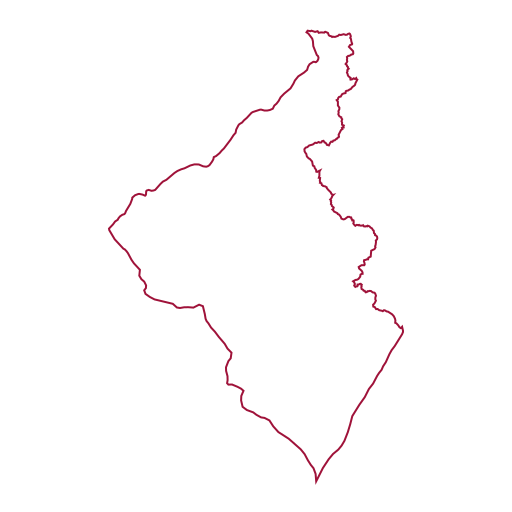 Sing, Louang Namtha, Laos (Robinson projection)
{"feature_id": "54806243B57426312908571", "entity_name": "Sing", "entity_type": "district", "adm_level": 2, "iso_a3": "LAO", "parent_name": "Laos", "parent_adm1": "Louang Namtha", "projection": "robinson", "projection_center": [101.175, 21.271], "detail": "fine", "context": "isolated", "style": "outline", "palette": "rose", "viewbox_px": 512, "rotation_deg": 0, "n_neighbors": 0, "source": "geoboundaries", "source_scale": "gbopen_adm2", "svg_char_len": 6016}
<svg xmlns="http://www.w3.org/2000/svg" viewBox="0 0 512 512"><path d="M316.2,481.3L322.9,468.0L328.7,459.2L333.1,453.9L338.3,449.6L341.6,445.6L344.4,440.9L347.8,432.2L350.2,424.3L352.3,416.1L359.4,404.7L364.8,397.1L368.9,389.0L373.1,383.6L377.2,375.8L379.1,372.9L381.6,369.8L383.1,366.3L385.8,362.2L389.4,354.2L391.6,350.2L394.7,346.1L402.1,334.2L403.0,332.0L403.0,330.7L402.1,326.8L401.0,328.1L400.6,328.1L399.2,326.9L398.4,325.5L396.4,323.3L395.2,322.8L395.4,320.4L395.0,318.7L393.8,316.2L392.1,314.3L388.1,311.7L386.5,311.4L385.2,310.5L384.0,310.2L382.8,311.2L382.0,310.8L379.2,310.2L377.6,309.0L376.1,309.1L374.8,307.1L373.3,306.6L373.1,304.7L374.4,303.5L375.9,300.7L375.3,299.3L375.4,297.2L376.0,295.8L375.2,293.5L374.5,292.7L372.7,292.4L370.9,291.0L369.3,290.9L368.4,291.3L367.5,291.2L366.8,292.1L365.6,292.3L364.7,290.8L363.6,290.7L363.1,289.8L361.6,289.0L361.3,287.3L361.6,286.4L361.3,285.8L361.8,284.8L360.7,283.8L359.8,283.9L358.3,284.7L357.6,284.6L357.5,286.1L357.1,286.4L355.9,286.5L355.3,286.9L354.2,285.6L354.9,284.0L354.1,282.2L353.1,281.3L355.6,279.9L356.8,279.8L358.4,279.0L360.2,276.7L360.5,274.6L361.6,273.9L362.6,273.8L362.5,272.3L361.7,270.8L359.1,268.5L358.7,267.0L361.5,265.2L364.3,265.2L364.7,264.4L364.4,262.7L363.9,261.4L364.1,260.2L365.9,259.8L366.7,259.3L368.1,259.3L368.4,257.7L370.7,256.6L371.2,250.7L374.5,249.1L375.5,247.4L375.1,246.2L375.6,245.0L376.0,241.9L375.8,240.5L377.0,239.4L377.3,238.1L377.0,236.5L376.0,235.5L375.1,235.2L375.0,234.0L374.0,233.1L373.7,230.6L372.9,230.0L372.0,228.4L370.6,227.6L369.5,226.4L367.7,225.7L367.1,226.4L366.2,226.1L365.4,226.5L364.0,226.4L363.1,225.2L362.5,225.6L360.1,225.6L359.1,224.9L358.3,225.3L358.0,225.0L356.6,224.9L355.3,225.8L353.9,224.4L353.3,223.4L353.7,222.4L353.6,220.6L352.3,220.4L352.5,219.7L351.6,219.1L351.2,217.5L350.6,217.6L349.6,216.9L347.7,216.9L344.9,219.0L343.7,219.4L343.1,219.3L341.4,218.6L340.7,216.7L339.1,214.6L337.8,214.1L337.4,213.2L334.0,211.5L333.2,210.2L332.4,209.5L333.3,208.9L333.7,207.5L331.9,206.0L331.7,204.9L330.9,204.1L331.2,202.3L330.8,201.3L331.1,200.7L330.2,199.5L330.9,199.0L332.0,196.9L332.1,196.2L333.3,194.9L332.9,195.0L331.2,193.6L330.9,192.5L328.1,189.7L326.8,188.1L326.7,187.3L325.2,186.4L323.1,186.0L322.8,185.5L321.9,185.1L321.4,183.3L320.0,182.8L320.3,182.1L319.8,180.9L320.1,178.0L318.8,177.8L319.4,175.8L319.4,171.6L320.0,170.5L317.2,171.9L316.3,171.7L316.1,169.9L314.7,167.9L314.3,166.3L312.9,165.6L312.1,161.5L309.8,158.9L308.7,158.4L306.9,156.5L306.2,153.7L305.6,153.1L304.6,151.4L304.4,149.2L305.7,147.6L307.4,147.1L309.1,145.5L312.8,144.5L315.2,142.7L316.7,143.0L318.7,142.0L319.7,142.6L321.4,142.4L322.1,141.1L323.5,140.8L324.6,142.5L325.3,142.6L326.4,143.7L326.8,144.8L328.9,145.4L330.1,142.9L331.2,141.6L332.5,141.8L333.3,140.6L334.8,140.3L336.2,139.0L336.9,138.8L337.6,137.7L338.7,137.3L339.0,136.6L338.6,134.8L341.0,130.1L342.5,129.0L341.9,127.8L342.6,127.3L343.6,127.3L343.4,126.3L343.8,125.5L342.0,124.7L342.1,122.4L341.5,121.3L342.2,119.2L341.4,118.3L341.3,117.3L339.4,116.3L338.3,114.3L338.7,112.5L338.4,111.2L339.3,109.3L339.4,107.7L337.9,105.5L337.9,101.7L336.7,100.1L337.9,99.4L338.2,98.0L339.1,96.9L340.7,96.6L342.1,94.2L343.5,93.5L345.5,93.1L345.8,91.2L346.6,90.8L348.2,90.5L349.5,89.5L350.7,89.1L352.5,86.9L354.1,85.8L355.1,84.8L355.4,83.3L357.3,79.6L356.5,79.1L356.2,78.1L355.1,79.0L354.4,78.8L353.8,78.3L352.0,79.4L350.5,79.6L350.3,78.7L350.6,77.9L348.5,76.3L347.8,75.1L347.7,74.2L346.9,72.5L347.6,71.0L347.3,70.6L347.5,69.6L348.7,68.7L347.9,67.7L347.9,66.9L347.1,66.3L347.0,65.4L345.6,64.0L346.7,62.6L347.3,61.4L346.9,59.9L347.2,58.4L346.9,57.0L348.2,55.9L349.0,55.9L350.6,55.2L351.1,54.6L352.9,54.2L353.3,53.4L353.1,51.2L348.9,46.8L350.1,45.0L352.0,44.4L352.2,43.9L351.4,41.6L350.9,38.8L350.2,37.9L350.8,36.5L350.7,35.8L350.0,34.0L349.4,33.5L348.0,33.9L347.2,34.6L345.8,34.9L343.7,34.2L340.8,35.0L339.2,34.7L338.1,35.8L335.1,36.9L334.0,36.9L332.8,36.6L332.1,37.0L331.1,36.2L329.5,35.8L328.8,35.2L327.9,32.9L325.3,31.8L324.9,31.9L324.3,32.6L321.0,32.4L318.7,32.8L317.6,31.2L315.1,31.9L311.4,30.7L310.6,31.2L307.6,30.7L306.5,32.3L308.4,33.6L312.2,38.6L312.9,41.1L313.3,46.2L316.8,55.0L318.0,56.1L318.5,57.6L318.3,59.0L317.5,60.8L316.1,62.1L315.4,62.2L314.9,61.9L313.3,61.8L309.6,64.2L308.1,66.6L307.1,69.9L304.0,72.6L298.3,76.3L294.9,80.5L293.4,83.7L290.5,88.4L284.2,93.6L280.6,97.3L278.6,101.0L276.5,103.7L274.3,105.6L272.8,108.7L269.9,110.0L267.4,110.5L264.3,110.5L261.1,109.6L259.9,109.7L252.9,112.0L251.5,112.8L246.8,117.9L244.0,120.3L242.1,122.5L239.3,124.2L238.4,125.3L236.2,129.6L235.6,132.8L233.5,135.2L230.5,139.8L223.9,148.5L221.8,150.5L219.6,153.1L216.0,156.1L213.8,157.1L213.3,159.4L212.0,161.7L209.5,165.1L207.9,166.2L206.3,166.7L204.5,166.5L203.1,166.3L198.9,164.5L196.7,164.4L194.3,164.4L190.3,165.5L184.5,168.3L181.2,169.3L177.4,171.0L174.4,173.0L166.4,179.8L162.9,181.6L160.5,183.9L155.2,189.9L153.5,190.5L151.5,190.8L148.7,189.9L146.8,190.5L146.2,191.2L146.0,194.3L145.6,195.3L145.1,195.7L142.6,194.6L139.3,193.9L138.3,194.0L135.1,195.2L132.3,197.6L132.2,198.9L130.3,203.9L126.0,211.0L125.2,213.1L124.4,214.1L122.3,214.8L120.0,216.4L118.3,218.5L117.8,219.7L115.1,221.5L113.0,224.4L109.0,228.6L109.3,230.2L114.7,239.3L123.4,248.7L124.8,249.4L126.5,251.2L127.9,253.1L131.5,259.8L133.9,263.3L139.9,269.8L139.3,275.7L141.4,279.2L144.2,281.6L146.1,285.4L145.9,288.1L144.2,290.3L145.5,293.9L149.9,297.0L154.5,299.4L172.8,303.8L176.9,307.5L180.0,308.0L184.0,307.3L188.3,307.2L193.4,307.6L199.1,304.7L202.9,306.2L204.8,314.0L205.6,318.8L206.6,321.1L208.4,323.3L211.0,327.5L214.9,331.7L218.8,336.9L224.7,343.8L227.5,348.6L231.5,352.7L230.7,358.3L228.4,361.1L226.0,367.3L226.1,370.9L227.5,376.2L227.6,380.1L227.1,383.2L228.4,384.6L232.0,384.5L237.5,386.8L241.1,388.7L243.5,390.8L241.3,395.9L241.1,400.4L242.6,406.8L246.8,410.0L253.3,412.4L256.4,414.8L261.1,417.4L264.5,417.9L269.4,420.4L273.3,426.4L278.4,432.1L288.7,438.7L300.7,449.3L304.6,454.1L307.9,460.3L310.8,464.9L313.5,468.2L315.6,473.9L316.2,481.3Z" fill="none" stroke="#9f1239" stroke-width="2"/></svg>